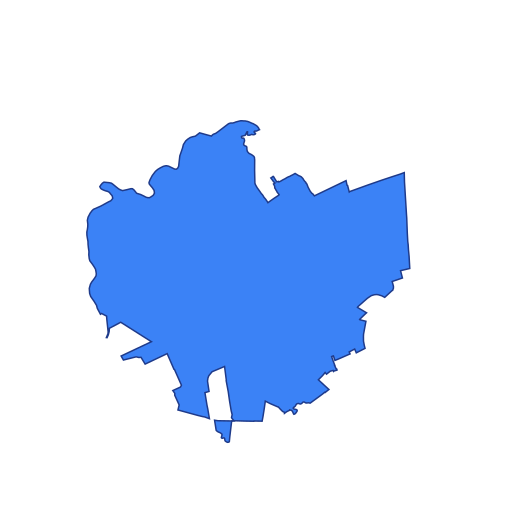 outline of Giroc, Timis, Romania, rotated 143°
{"feature_id": "2599482B4901779350201", "entity_name": "Giroc", "entity_type": "district", "adm_level": 2, "iso_a3": "ROU", "parent_name": "Romania", "parent_adm1": "Timis", "projection": "robinson", "projection_center": [21.239, 45.682], "detail": "fine", "context": "isolated", "style": "filled", "palette": "blue", "viewbox_px": 512, "rotation_deg": 143, "n_neighbors": 0, "source": "geoboundaries", "source_scale": "gbopen_adm2", "svg_char_len": 6167}
<svg xmlns="http://www.w3.org/2000/svg" viewBox="0 0 512 512"><g transform="rotate(143 256 256)"><path d="M391.6,352.2L391.6,347.9L391.8,344.6L392.1,342.1L393.1,340.0L394.2,338.0L395.6,336.5L397.5,335.7L400.0,334.9L402.9,334.1L405.2,333.1L406.8,331.9L408.6,330.5L409.8,328.7L411.4,326.2L412.4,323.1L412.6,317.1L413.0,313.2L413.0,312.7L414.2,309.8L414.6,307.5L415.1,304.1L415.3,303.1L413.9,303.0L411.5,297.9L412.9,295.8L419.7,284.5L420.9,283.1L424.6,280.9L424.1,280.4L421.3,282.0L418.8,284.0L416.6,286.5L403.9,284.5L391.1,250.5L423.9,257.3L424.5,252.7L412.4,247.6L410.6,245.4L408.8,244.3L409.6,236.4L385.7,231.5L389.7,214.9L389.4,214.4L393.3,197.7L395.2,196.8L403.4,198.6L403.5,195.2L404.7,193.7L407.0,183.3L411.0,180.0L398.4,163.7L395.4,160.0L393.9,158.4L391.1,154.1L386.6,162.8L384.8,166.6L379.0,177.6L375.0,176.1L370.0,185.3L367.8,187.5L365.7,188.8L360.7,190.0L347.6,186.7L354.5,174.6L354.8,174.5L359.8,164.4L364.4,156.1L368.9,147.5L370.5,143.7L372.8,141.7L372.9,141.3L372.8,137.7L374.6,139.0L374.7,138.9L385.6,147.4L387.9,149.8L392.7,140.8L392.7,140.3L392.4,139.1L392.1,138.3L391.0,136.4L390.7,135.5L390.5,134.7L390.4,134.3L390.5,134.1L391.1,133.3L392.8,132.0L393.0,131.8L393.0,131.3L392.7,130.8L392.3,130.6L391.3,130.2L390.9,129.8L390.8,129.4L390.9,129.1L391.8,127.4L391.9,126.9L391.9,126.5L391.5,125.5L391.1,124.6L390.8,124.3L390.5,124.1L389.9,123.8L389.3,123.7L389.0,123.8L385.7,127.4L374.8,138.8L372.5,137.1L372.3,137.3L370.6,136.0L364.4,131.0L357.1,125.3L356.9,125.4L350.5,120.4L346.7,123.9L340.8,129.6L335.9,134.5L333.5,129.6L329.3,122.2L329.0,122.0L328.8,119.3L328.3,115.8L327.4,114.2L328.0,113.2L325.3,113.2L322.2,112.6L321.8,112.9L321.0,111.9L320.6,111.4L320.4,110.7L320.5,110.0L320.5,109.9L320.5,109.5L321.0,107.4L321.0,106.8L320.2,106.5L319.6,106.5L318.8,106.6L316.7,107.3L316.1,107.8L315.9,108.3L316.1,108.9L316.4,109.4L317.4,110.5L317.9,111.3L318.0,111.8L317.6,112.3L317.0,112.5L316.7,112.3L314.8,112.5L313.3,113.2L312.7,113.3L312.1,113.3L310.8,112.7L309.9,111.3L309.5,111.0L309.2,110.9L308.2,110.7L306.7,111.0L306.4,111.0L306.0,110.8L305.5,110.5L305.3,110.2L304.9,109.2L304.6,108.6L303.8,108.0L302.3,107.1L301.3,105.9L286.0,105.7L283.7,105.8L282.9,105.8L282.9,105.4L278.1,105.5L280.7,119.6L275.0,120.4L273.1,120.8L270.9,121.4L270.8,119.2L266.0,119.3L263.3,118.2L263.5,117.1L262.8,117.2L260.1,116.1L259.7,116.9L260.0,117.0L259.8,117.8L259.7,117.7L259.7,117.8L259.8,118.2L259.4,119.9L259.1,121.2L258.9,121.1L257.6,125.6L256.1,130.2L255.0,129.9L254.3,129.6L255.8,125.1L252.1,124.1L239.8,121.2L239.3,123.3L233.2,122.3L234.2,118.3L224.5,116.6L223.2,119.7L221.4,123.3L218.6,127.1L217.1,128.9L207.5,137.7L211.4,142.6L211.4,143.0L203.4,144.0L201.9,144.1L205.9,153.9L205.3,154.2L192.6,155.2L188.2,155.0L187.3,154.8L184.9,153.9L183.9,153.3L182.8,152.6L181.6,151.4L179.5,148.5L178.1,145.5L168.1,146.5L167.6,146.3L165.6,147.6L164.4,149.2L162.6,153.7L152.3,150.3L149.4,157.3L140.7,153.5L134.0,163.5L130.5,169.2L127.7,173.4L126.1,176.2L121.2,183.5L112.7,195.7L110.7,198.8L92.9,225.7L87.4,233.4L91.8,234.7L99.6,237.4L109.7,240.8L123.7,245.3L142.2,251.0L143.0,251.0L140.4,257.2L140.7,257.8L138.7,262.0L173.2,268.9L173.2,269.7L173.3,270.2L173.2,270.5L173.3,271.8L173.7,272.5L173.7,275.3L173.0,279.6L172.1,282.7L172.0,283.8L172.2,284.0L171.9,285.1L172.1,286.1L172.1,287.4L172.1,288.3L171.9,289.6L172.2,292.0L172.9,293.5L173.5,294.4L175.1,298.4L178.2,298.8L179.4,299.1L181.2,299.3L182.3,299.7L183.9,300.0L186.9,300.3L188.2,300.6L191.7,301.0L193.2,301.4L193.2,302.1L194.7,302.7L194.8,303.4L194.7,303.9L194.5,306.1L194.3,308.1L194.2,308.8L194.4,309.3L195.9,309.3L197.2,309.4L197.2,307.3L197.3,304.8L196.9,302.9L198.7,303.0L198.9,301.5L199.1,300.6L199.6,299.7L200.1,299.1L200.1,297.9L200.3,297.3L200.4,296.0L200.5,294.9L200.7,294.3L200.6,292.0L200.7,291.0L201.9,290.9L206.5,291.2L209.8,291.3L213.1,291.4L214.4,291.4L214.2,292.9L214.2,294.0L214.1,295.2L214.2,297.0L214.3,298.0L214.1,299.5L214.0,301.1L214.2,302.8L214.1,304.4L214.0,307.9L214.0,309.7L213.5,313.4L213.0,314.9L205.6,325.2L199.1,333.7L198.7,334.5L198.1,335.3L197.9,335.9L197.8,336.3L197.8,337.0L198.0,337.8L198.3,338.9L198.9,340.4L199.8,342.1L200.0,344.1L199.9,345.0L199.2,346.4L198.5,347.5L197.8,348.5L197.7,349.3L198.5,350.6L198.9,351.9L198.6,352.8L198.0,353.3L195.9,354.8L195.4,355.5L195.1,356.3L194.9,356.9L194.9,357.5L195.3,357.9L196.0,358.3L196.3,359.1L195.7,360.2L195.1,360.1L192.0,358.9L190.8,359.5L190.6,359.6L190.2,359.8L189.7,360.0L188.5,360.6L188.0,360.3L188.4,359.7L189.4,358.8L189.9,358.2L189.9,357.7L189.3,357.0L188.3,356.3L187.7,356.1L186.4,355.8L185.9,355.2L185.2,354.5L184.7,354.1L183.1,353.8L182.8,353.9L182.6,354.4L182.9,355.2L182.9,356.2L182.5,356.5L181.8,356.5L180.8,355.7L180.0,355.4L179.5,355.3L178.3,355.1L177.2,354.8L177.2,355.3L176.9,356.7L176.9,358.3L177.1,359.7L177.5,360.7L178.7,363.5L179.4,364.5L179.8,365.3L180.8,367.1L181.7,368.5L182.6,369.5L183.4,370.4L184.3,371.1L184.8,371.5L185.3,372.0L186.8,373.2L187.9,373.7L189.8,374.5L191.8,375.3L193.1,375.6L194.9,376.4L195.7,377.1L196.5,377.6L198.0,378.1L198.8,378.2L211.5,378.1L214.5,378.2L215.4,378.5L216.4,378.8L217.1,378.9L217.9,378.9L219.4,378.6L222.0,381.9L226.9,388.3L232.3,388.2L235.1,389.5L237.2,390.2L240.3,390.4L242.9,390.2L246.9,388.7L249.9,386.3L256.6,381.8L263.8,374.2L265.6,373.3L267.3,373.2L268.6,374.3L271.7,380.3L273.1,381.9L274.2,382.6L276.1,383.4L279.4,384.0L282.5,384.3L285.4,384.1L290.4,382.7L294.7,380.7L297.2,379.1L297.9,377.9L297.9,375.9L297.7,372.9L297.9,369.7L299.3,367.3L301.7,366.3L304.8,366.5L306.0,366.7L307.3,367.7L308.5,369.2L309.4,371.2L311.1,374.5L313.6,378.0L313.6,379.9L313.7,382.3L314.2,384.1L315.3,385.0L319.5,386.8L323.2,388.5L324.4,390.3L325.3,392.2L326.0,394.9L327.0,399.1L327.6,401.1L329.0,402.8L333.0,406.5L334.9,406.6L337.1,406.1L339.0,405.4L339.3,403.9L339.2,402.6L338.2,400.6L337.1,398.8L335.5,396.7L334.8,395.1L334.8,393.1L334.6,390.8L335.2,389.3L335.7,388.3L337.1,387.8L338.8,387.5L341.2,388.0L350.1,389.3L357.7,391.1L359.6,390.9L362.7,390.0L366.7,388.1L369.2,386.0L371.2,382.6L372.9,380.5L374.7,378.7L376.7,376.9L378.5,374.4L379.8,372.0L381.4,368.8L383.1,366.4L384.8,363.6L386.8,360.0L388.8,357.6L390.7,354.4L391.6,352.2Z" fill="#3b82f6" stroke="#1e3a8a" stroke-width="1.5"/></g></svg>